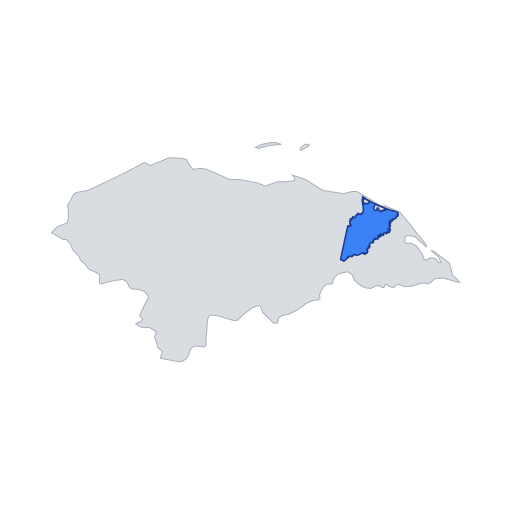 location of Brus Laguna, Gracias a Dios, Honduras, rotated 12°
{"feature_id": "27666195B63914214220022", "entity_name": "Brus Laguna", "entity_type": "district", "adm_level": 2, "iso_a3": "HND", "parent_name": "Honduras", "parent_adm1": "Gracias a Dios", "projection": "albers", "projection_center": [-84.625, 15.441], "detail": "fine", "context": "in_parent", "style": "filled", "palette": "blue", "viewbox_px": 512, "rotation_deg": 12, "n_neighbors": 0, "source": "geoboundaries", "source_scale": "gbopen_adm2", "svg_char_len": 8357}
<svg xmlns="http://www.w3.org/2000/svg" viewBox="0 0 512 512"><g transform="rotate(12 256 256)"><path d="M460.8,239.6L443.8,238.7L435.8,240.8L432.4,245.6L429.3,247.7L426.8,247.2L421.7,249.1L414.1,253.4L407.2,255.0L401.0,254.0L399.2,255.0L398.7,256.4L397.8,257.7L395.4,258.5L392.7,258.1L389.6,256.6L387.9,257.2L387.8,260.0L386.1,260.7L382.9,259.4L379.4,260.4L375.4,263.7L369.9,264.4L362.7,262.5L357.2,259.0L353.3,253.7L348.6,252.4L340.4,256.3L336.9,260.8L336.2,263.6L337.0,266.2L335.5,267.8L331.6,268.7L328.7,271.8L326.7,277.1L326.3,281.2L327.5,284.2L325.6,286.3L320.6,287.7L314.6,292.3L307.8,300.1L300.9,305.6L294.2,308.6L290.9,312.1L291.1,315.9L290.7,317.1L289.4,317.5L287.2,318.0L274.2,309.7L270.5,303.9L267.2,304.7L263.1,307.6L257.3,314.1L251.0,322.8L248.0,323.8L232.6,322.4L224.4,323.1L222.7,324.2L221.9,327.4L222.3,331.8L224.4,347.3L225.6,353.7L224.4,355.7L220.2,356.0L214.8,356.8L211.8,359.7L211.0,362.7L210.7,366.9L209.0,371.3L205.6,374.4L202.2,375.4L183.7,376.0L184.1,368.9L178.8,365.9L175.9,359.9L173.3,355.8L174.2,353.3L174.0,350.5L166.5,348.1L159.4,349.8L155.4,348.6L152.4,347.0L157.6,343.5L158.0,341.4L156.4,339.8L154.7,338.7L155.3,334.7L156.4,330.0L159.4,318.9L158.4,317.0L153.7,313.6L147.8,313.1L141.2,314.1L138.1,312.3L135.4,308.5L130.7,306.6L122.4,309.5L113.6,313.9L110.8,315.5L108.6,315.3L107.7,311.8L107.3,307.7L106.8,306.7L102.2,305.2L96.7,304.0L94.0,302.9L91.4,300.1L84.9,296.4L83.5,293.7L74.9,287.4L73.2,284.4L71.3,282.2L67.1,279.3L63.8,279.9L52.9,276.2L51.2,275.8L52.8,272.8L56.4,268.1L64.1,263.1L64.8,258.8L63.0,250.6L61.1,245.3L62.2,243.0L64.8,233.5L66.7,231.4L77.7,226.8L78.7,226.2L87.5,219.6L97.2,212.3L107.3,204.3L118.5,195.3L124.7,190.0L127.6,187.7L134.0,189.7L139.1,185.5L142.0,184.1L148.8,179.0L151.0,177.9L162.3,175.9L167.8,176.0L172.6,181.4L176.3,184.3L183.5,181.9L189.6,181.4L214.3,186.6L224.2,184.6L242.4,184.3L250.5,185.6L262.1,178.7L269.5,177.4L278.1,174.2L277.0,170.8L274.9,169.3L288.2,170.8L307.8,178.0L328.8,176.8L336.4,173.0L341.3,171.9L362.7,179.2L368.4,184.7L372.8,185.3L376.3,184.0L377.2,182.9L373.0,181.6L371.0,179.9L388.0,183.3L420.0,209.5L420.6,211.7L407.0,203.9L399.8,204.5L397.9,205.8L398.3,210.1L399.0,212.0L402.1,212.3L404.3,211.1L410.0,212.5L413.7,215.3L418.3,219.6L421.0,224.3L423.9,224.4L426.8,221.5L432.2,221.1L435.8,224.3L438.3,224.1L434.8,219.2L426.5,214.4L428.5,214.2L446.8,222.8L452.0,233.8L456.3,236.2L460.8,239.6ZM246.7,144.9L236.1,150.2L232.9,150.0L237.7,146.0L245.5,142.5L252.1,140.8L257.5,141.6L246.7,144.9ZM282.6,139.5L277.6,143.4L276.7,141.7L279.2,138.0L282.2,136.0L285.1,136.2L284.4,137.8L282.6,139.5Z" fill="#d9dde1" stroke="#a8b0b8" stroke-width="1"/><path d="M339.5,207.7L339.4,241.7L340.1,242.2L342.3,242.1L342.5,242.2L342.7,242.8L343.1,242.6L344.0,241.8L344.6,241.0L344.6,240.8L345.2,240.2L345.4,239.6L345.5,238.8L345.7,238.1L346.0,238.1L346.6,238.4L346.9,238.2L347.1,237.9L347.0,237.3L347.3,236.9L347.8,236.5L348.8,236.4L349.5,236.9L349.8,236.7L350.0,236.4L350.5,236.3L350.6,236.0L350.7,235.3L351.1,235.0L351.3,235.0L351.5,234.7L351.4,234.3L351.7,234.0L353.0,234.2L353.5,234.4L354.8,234.2L356.6,233.3L357.2,232.7L357.6,232.3L358.3,231.8L359.2,231.0L359.7,230.6L360.0,230.6L360.1,231.2L360.4,231.4L361.5,231.5L361.9,231.8L362.3,231.7L362.2,231.5L362.0,231.3L362.0,231.1L362.2,230.8L362.2,230.2L362.6,230.1L363.3,230.4L363.9,230.1L364.2,229.7L364.2,229.3L364.1,228.8L364.3,228.0L364.2,227.6L364.0,227.4L363.7,227.5L363.6,227.1L363.5,226.9L363.0,226.7L362.9,226.4L363.0,226.1L363.6,225.9L364.0,225.6L364.1,224.9L363.8,224.4L363.9,224.1L364.3,223.9L364.6,224.1L364.7,224.5L364.9,224.6L365.1,224.6L365.2,224.4L365.2,223.7L365.1,223.2L365.3,222.8L365.4,222.5L365.1,222.3L364.5,222.3L364.5,222.1L364.8,221.9L364.5,221.4L364.6,220.7L365.0,220.1L365.9,219.3L366.1,218.6L366.7,218.5L367.6,218.8L368.0,218.4L367.9,218.0L367.5,217.6L367.5,217.3L367.8,216.8L367.5,216.5L367.4,216.2L368.0,215.8L368.3,215.4L368.3,214.8L368.4,214.7L368.6,214.7L369.1,215.0L369.3,214.9L369.1,214.6L368.4,214.3L368.4,214.0L368.7,213.9L369.1,214.2L369.9,214.1L370.3,214.2L370.9,214.2L371.1,214.1L371.7,214.0L371.8,213.9L371.7,213.2L371.9,212.8L371.3,212.2L371.3,211.4L371.2,211.2L371.3,210.9L371.5,211.1L371.8,211.2L372.2,211.2L372.5,211.6L373.1,211.7L373.2,211.3L373.2,210.8L373.0,210.5L372.3,210.3L372.2,209.9L372.4,209.7L372.6,209.7L373.2,210.0L373.4,210.3L373.6,210.9L374.0,210.7L374.2,210.1L374.2,209.9L374.1,209.6L373.2,209.7L372.8,209.2L373.0,208.9L373.5,208.7L374.3,208.7L374.5,208.8L374.7,209.5L375.7,209.0L376.5,209.2L376.6,208.9L375.8,208.5L376.1,207.0L377.3,206.6L377.9,206.7L378.3,207.1L378.7,207.1L379.6,206.1L379.4,205.9L378.6,206.0L378.8,205.6L379.2,205.4L379.9,205.5L380.1,204.8L380.3,204.8L380.6,204.6L380.8,204.6L380.9,204.8L381.0,205.5L381.4,205.4L381.5,205.0L381.3,204.6L381.3,204.2L381.7,203.9L381.8,203.8L381.7,203.3L382.0,202.9L382.1,202.5L381.9,202.1L381.6,201.8L380.6,201.8L380.2,202.0L379.9,202.5L379.7,202.6L379.7,202.1L380.5,201.4L380.9,200.7L380.9,200.2L380.7,199.9L380.4,199.7L380.5,199.4L380.9,199.4L381.0,199.2L380.3,199.0L380.2,198.9L380.4,198.6L380.9,198.5L381.0,198.2L380.9,198.2L380.4,198.2L380.2,198.1L380.1,197.9L380.2,197.2L379.8,196.9L379.9,196.7L380.1,196.6L380.7,196.5L380.8,196.2L380.4,195.9L379.9,195.7L379.2,195.7L379.1,195.3L380.1,194.8L380.6,194.2L381.5,194.2L381.7,193.9L381.6,193.7L381.4,193.6L381.1,193.6L380.5,193.9L380.2,194.0L379.9,193.7L379.9,193.4L380.2,193.0L380.5,192.9L380.9,193.2L381.2,193.2L381.5,193.1L381.9,192.6L382.0,192.9L382.4,192.6L382.4,192.4L381.9,191.7L382.1,191.5L382.3,191.7L382.5,191.7L382.8,191.5L382.8,191.2L383.5,191.1L383.9,191.0L384.1,190.2L384.5,190.3L384.9,190.2L385.0,189.6L385.3,188.8L385.2,188.0L386.0,187.8L386.3,187.6L386.6,187.0L386.5,186.8L385.5,186.2L385.6,185.9L386.1,185.9L386.3,185.8L386.3,185.6L386.3,185.1L385.9,184.7L385.8,184.1L385.5,183.8L384.2,183.6L380.1,183.2L378.5,183.2L376.0,182.9L374.2,182.8L371.1,182.1L368.9,181.4L367.0,181.2L364.9,180.7L362.8,180.3L362.7,180.4L363.8,181.0L364.0,181.0L363.7,180.7L365.0,181.0L365.4,181.2L366.8,181.5L367.2,181.7L368.2,181.8L369.8,182.2L371.3,182.3L372.2,182.7L372.2,182.9L372.0,183.1L372.3,183.3L373.0,183.4L373.3,183.9L373.4,184.2L373.1,184.4L372.8,184.2L372.5,183.8L372.4,183.7L372.2,183.9L372.1,184.5L371.6,184.3L371.3,184.9L370.3,185.0L370.0,185.2L370.3,185.8L370.2,185.9L369.7,186.1L369.6,186.3L368.9,186.1L368.8,186.3L369.1,186.5L368.8,186.7L368.6,186.6L368.5,186.3L368.3,186.2L367.1,186.1L366.7,185.9L366.1,185.2L366.0,184.9L365.8,184.8L365.9,184.5L365.5,184.4L365.1,183.9L364.7,183.7L364.5,184.5L364.9,185.4L364.7,186.0L363.8,186.5L362.5,186.5L362.0,186.0L361.3,185.1L361.0,184.2L361.2,183.5L361.5,183.1L361.6,181.6L362.0,181.0L362.6,180.7L362.1,180.2L360.8,180.1L359.9,179.8L358.3,179.6L357.2,179.0L356.0,178.8L355.5,178.5L354.7,178.4L354.3,178.2L352.7,177.7L351.2,177.2L350.3,176.6L349.3,176.4L348.1,175.9L348.1,176.1L349.6,176.7L350.3,177.3L351.1,177.4L351.9,177.7L352.1,177.9L352.9,178.0L353.4,178.3L354.3,178.5L355.3,179.1L355.6,179.4L355.8,179.8L355.7,179.9L355.4,179.9L355.4,180.0L355.6,180.1L355.5,180.3L355.0,180.8L354.7,181.5L352.9,181.7L352.2,181.8L352.1,182.2L351.8,182.1L351.8,182.4L351.6,182.5L350.8,182.3L350.3,181.9L350.2,181.7L350.2,181.4L349.9,181.5L349.7,181.4L349.4,180.9L349.3,180.5L349.4,180.0L349.2,179.7L348.9,179.6L348.7,179.4L349.1,179.0L349.1,178.8L348.7,178.7L349.2,178.6L349.5,178.2L349.8,177.8L349.7,177.3L349.8,177.1L349.4,176.7L349.0,176.7L348.1,176.2L348.2,177.5L348.2,178.9L348.5,180.6L349.3,181.8L349.3,182.4L349.6,182.9L349.9,184.2L350.3,184.6L350.5,185.3L351.5,189.2L351.5,190.9L351.6,191.3L351.4,191.5L350.9,191.8L351.1,192.0L350.9,192.2L350.7,192.3L350.1,193.5L349.7,193.4L349.4,193.5L349.3,193.1L349.1,193.1L348.5,193.6L348.1,193.6L347.9,193.8L347.7,193.6L347.2,193.0L346.8,193.0L346.6,193.5L346.5,193.8L346.6,194.2L346.5,194.6L346.1,194.7L345.2,195.4L345.1,196.2L345.1,196.7L345.1,196.8L344.7,197.1L344.7,197.9L344.1,198.5L343.9,198.5L343.2,198.1L343.0,197.6L342.8,197.5L342.6,197.8L342.4,197.8L342.6,198.5L342.4,199.0L341.7,199.5L341.1,199.8L342.1,200.1L342.1,200.3L341.9,201.0L341.4,201.1L341.0,201.0L340.7,201.2L340.4,202.1L340.6,203.0L340.8,203.6L340.8,203.8L341.1,204.0L341.2,204.4L341.4,204.7L341.2,204.9L341.2,205.2L341.6,205.3L341.7,205.6L342.4,205.9L342.5,206.1L342.2,207.1L342.0,207.3L341.6,207.4L341.2,207.3L340.9,207.6L340.0,207.2L339.7,207.4L339.5,207.7Z" fill="#3b82f6" stroke="#1e3a8a" stroke-width="1.5"/></g></svg>